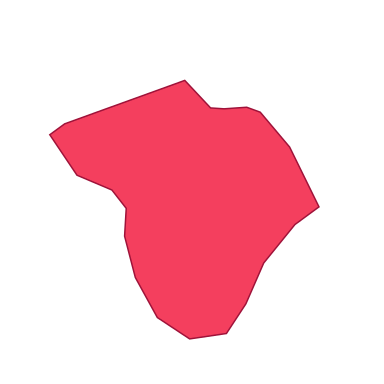 the Province of Beirut, rotated 232°
{"feature_id": "LBN-3024", "entity_name": "Beirut", "entity_type": "Province", "adm_level": 1, "iso_a3": "LBN", "parent_name": "Lebanon", "parent_adm1": "", "projection": "robinson", "projection_center": [35.507, 33.887], "detail": "fine", "context": "isolated", "style": "filled", "palette": "rose", "viewbox_px": 384, "rotation_deg": 232, "n_neighbors": 0, "source": "natural_earth", "source_scale": "10m", "svg_char_len": 416}
<svg xmlns="http://www.w3.org/2000/svg" viewBox="0 0 384 384"><g transform="rotate(232 192 192)"><path d="M102.1,282.9L103.0,253.1L91.9,204.8L70.7,165.6L59.3,132.0L77.7,99.7L114.4,87.4L159.5,94.7L198.7,111.7L219.6,130.1L242.9,130.1L276.0,111.7L324.7,115.2L324.1,133.7L284.4,255.0L246.8,258.4L237.8,268.5L225.1,287.3L212.9,294.9L167.3,296.6L102.1,282.9Z" fill="#f43f5e" stroke="#9f1239" stroke-width="1.5"/></g></svg>